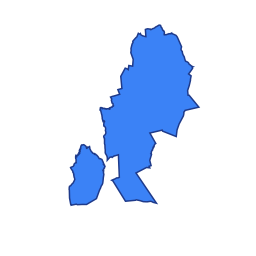 the district of Morelos, México, Mexico, rotated 63°
{"feature_id": "50627088B14737747696795", "entity_name": "Morelos", "entity_type": "district", "adm_level": 2, "iso_a3": "MEX", "parent_name": "Mexico", "parent_adm1": "México", "projection": "mercator", "projection_center": [-99.637, 19.725], "detail": "fine", "context": "isolated", "style": "filled", "palette": "blue", "viewbox_px": 256, "rotation_deg": 63, "n_neighbors": 0, "source": "geoboundaries", "source_scale": "gbopen_adm2", "svg_char_len": 5670}
<svg xmlns="http://www.w3.org/2000/svg" viewBox="0 0 256 256"><g transform="rotate(63 128 128)"><path d="M78.7,111.0L90.0,115.5L89.2,119.6L94.2,120.1L93.2,125.6L92.7,127.7L92.5,129.5L93.3,129.5L94.8,129.3L95.6,130.2L97.1,130.5L98.5,130.9L99.2,130.4L99.5,130.3L100.0,130.5L100.4,130.7L100.8,130.8L101.2,130.7L101.4,131.3L101.8,131.3L101.6,132.0L101.8,132.5L102.1,132.6L101.9,133.3L102.0,133.6L101.8,134.1L101.7,135.1L101.8,135.5L102.0,135.5L102.1,135.2L102.3,135.1L102.6,135.4L102.9,135.6L102.8,136.1L102.6,136.2L102.4,136.0L102.2,136.1L102.2,136.5L101.8,136.8L101.6,137.5L101.4,137.8L101.3,138.7L101.0,138.7L100.6,139.1L100.6,139.7L100.0,139.9L100.0,140.2L99.6,140.4L99.3,140.9L99.4,141.5L98.9,141.6L99.1,141.9L99.0,142.1L98.1,142.2L97.7,142.5L97.4,143.0L97.4,143.4L98.0,143.7L98.2,144.0L99.2,144.2L99.1,144.6L99.4,144.7L99.5,144.3L102.2,144.9L103.4,145.2L105.0,145.5L105.6,145.8L106.8,146.1L107.0,146.2L107.2,146.4L107.4,146.4L107.9,146.7L111.0,147.3L111.2,146.3L110.6,146.2L110.8,146.0L111.1,145.9L111.5,145.9L111.8,146.1L112.1,146.9L114.2,148.2L115.3,148.6L115.6,148.2L116.1,148.1L117.3,147.9L117.9,148.0L119.1,148.6L119.6,149.0L120.2,149.4L120.7,149.4L121.3,149.5L122.4,150.0L123.6,151.3L123.8,152.5L124.0,152.9L124.3,153.3L124.9,153.7L125.5,153.7L125.8,153.6L126.3,153.8L126.8,154.0L127.1,153.8L127.5,154.1L131.2,156.0L132.7,156.3L135.7,157.7L136.6,157.9L137.0,158.2L137.8,158.5L139.4,159.4L140.7,159.7L141.7,159.5L142.4,159.5L143.1,159.6L143.8,159.5L145.7,160.2L147.3,161.1L146.1,158.1L145.9,157.7L145.9,157.3L146.2,156.1L146.3,155.8L147.0,155.5L146.6,153.4L146.6,153.2L146.7,152.6L146.8,152.6L147.4,149.3L147.5,148.7L168.0,158.1L167.9,159.5L167.6,160.2L167.4,160.5L167.3,161.1L167.4,162.1L167.4,162.9L167.5,163.2L167.5,163.5L167.3,163.8L167.2,166.2L168.2,165.5L192.1,163.5L195.8,154.1L195.7,153.3L198.2,150.2L200.5,147.9L202.0,145.3L202.6,144.1L203.3,141.9L203.7,140.9L204.8,139.9L205.6,139.4L207.9,136.8L171.7,141.3L171.6,129.4L173.4,126.7L171.7,126.6L172.0,124.5L166.7,123.3L162.3,119.1L162.0,119.2L161.9,119.1L161.3,119.3L161.2,118.8L161.0,118.6L159.9,118.1L158.8,116.8L158.9,116.7L158.6,116.4L158.7,116.1L158.0,115.6L157.5,114.9L157.1,114.9L157.0,114.0L156.2,113.8L156.2,113.1L155.8,113.0L155.0,112.1L154.4,111.0L154.4,110.3L142.4,110.8L145.4,98.5L146.5,98.6L157.5,88.9L152.0,85.2L147.6,80.6L142.4,73.2L141.6,72.5L140.4,71.6L139.2,71.1L139.0,70.2L138.9,70.1L138.2,69.2L141.6,55.4L126.5,58.7L126.1,59.6L121.7,57.9L118.0,54.2L114.0,50.8L112.8,50.1L110.2,48.1L107.3,49.5L106.4,47.5L104.2,43.4L102.8,43.2L102.9,42.3L102.2,42.9L100.7,43.7L99.9,44.0L98.7,44.6L97.6,44.5L96.9,44.7L95.4,45.6L94.8,46.3L94.1,46.4L91.3,45.9L90.4,45.6L87.6,45.7L86.2,45.5L85.2,45.2L84.5,44.9L83.2,45.2L82.5,45.2L81.9,45.0L81.5,44.7L80.9,44.3L80.0,43.4L69.4,42.8L68.1,43.0L67.2,43.2L63.5,46.2L63.5,46.4L63.2,46.2L63.2,47.2L63.1,47.5L62.8,48.4L62.6,48.7L62.7,48.8L62.7,49.2L62.4,49.8L62.4,50.6L62.3,51.2L62.2,51.3L62.0,51.7L62.1,52.0L61.4,53.0L61.4,53.3L60.8,53.2L60.0,52.6L59.2,52.1L58.4,52.0L57.8,52.0L57.5,52.1L57.6,52.3L56.8,52.6L56.3,52.6L53.8,52.4L53.1,52.7L51.4,52.4L51.0,52.7L50.4,53.6L50.6,56.4L50.5,56.9L50.7,58.2L50.9,58.7L50.9,59.0L50.9,60.0L50.7,60.6L50.7,61.1L50.8,62.1L50.8,62.3L50.7,62.5L50.8,62.8L50.7,63.0L50.5,62.9L50.4,63.0L50.3,62.9L50.1,63.0L49.8,63.8L49.4,64.1L49.3,64.3L48.5,65.5L48.2,66.8L48.1,67.8L54.7,70.6L54.2,71.3L52.5,73.1L51.5,73.8L50.8,74.2L49.7,74.1L49.9,74.4L49.9,74.6L49.1,75.3L48.3,75.8L50.8,78.7L51.1,79.9L51.7,81.5L52.8,84.2L53.0,84.4L54.2,84.8L54.8,85.9L55.9,87.0L58.6,89.3L60.3,90.0L62.2,91.3L69.2,92.2L75.0,95.8L72.7,98.9L76.1,101.3L74.8,102.0L73.4,103.3L78.7,111.0ZM177.3,199.7L176.6,188.2L170.8,182.0L170.5,181.6L170.3,181.5L169.2,179.9L168.5,179.2L167.5,178.1L166.9,177.0L166.4,176.3L165.6,175.5L163.7,174.2L161.0,172.5L158.4,170.6L157.3,170.3L156.9,170.3L156.0,169.7L154.7,169.6L154.8,169.5L155.0,169.4L155.0,169.1L154.9,169.1L154.7,169.1L154.4,169.1L153.9,168.6L153.6,168.4L153.5,168.2L153.2,167.9L153.2,167.7L153.0,167.3L152.8,167.4L152.6,167.1L152.7,166.9L152.3,166.6L152.2,166.5L151.6,166.1L151.6,165.9L151.1,165.9L150.8,166.0L150.6,165.9L150.2,165.8L149.8,166.3L149.5,166.2L149.3,166.3L149.2,166.0L148.9,165.8L148.3,165.9L147.6,165.7L147.3,165.7L147.2,165.6L146.8,165.7L146.0,165.6L145.4,165.6L144.7,165.5L144.1,165.6L143.2,166.3L142.6,166.8L142.3,167.5L140.0,167.7L138.2,168.1L137.8,168.4L136.8,168.7L136.7,169.3L136.5,169.6L136.2,169.8L135.5,170.0L135.4,169.7L135.1,170.1L134.3,170.9L133.9,171.0L133.5,170.9L132.3,171.4L129.8,171.4L128.5,171.3L128.0,170.9L127.1,170.7L127.2,171.5L127.4,171.7L127.2,172.1L126.9,172.2L126.6,172.7L126.6,173.0L127.5,173.7L127.3,174.1L126.7,173.9L125.8,173.8L125.1,173.8L123.2,174.7L122.6,175.3L122.3,176.9L122.1,177.0L122.3,177.6L123.7,179.0L124.2,179.3L124.3,179.4L124.5,179.3L124.6,179.6L125.3,180.0L125.0,180.4L125.1,180.7L125.4,180.7L125.7,180.4L125.9,180.5L125.9,181.3L127.0,181.4L126.7,181.9L128.0,182.3L127.8,182.5L127.6,182.5L127.6,182.9L128.5,183.0L128.4,183.3L128.5,183.7L129.2,183.7L129.4,184.2L129.5,185.2L129.4,185.2L129.7,185.5L129.3,185.9L129.5,186.2L129.2,186.4L129.6,186.6L129.3,186.8L130.1,187.0L129.5,187.5L130.1,187.9L131.2,188.3L131.5,188.5L131.9,188.4L132.8,188.7L134.8,189.8L135.4,189.9L135.2,190.6L135.4,191.8L135.9,192.6L136.8,193.2L137.3,194.2L137.1,197.1L137.8,197.2L139.9,197.0L141.5,196.8L142.3,197.2L143.4,197.1L144.7,197.3L144.9,197.6L146.6,198.0L147.0,198.3L148.1,198.3L149.4,198.7L149.6,198.7L150.3,199.5L152.1,201.9L152.1,202.2L152.7,204.0L153.4,205.1L153.4,206.6L154.4,207.4L156.2,208.4L156.6,208.4L163.9,211.9L170.0,213.7L170.6,213.1L170.9,213.0L171.1,213.3L172.4,208.6L173.3,208.0L175.5,203.1L177.3,199.7Z" fill="#3b82f6" stroke="#1e3a8a" stroke-width="1.5"/></g></svg>